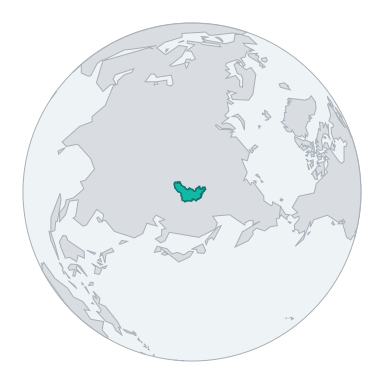 the Earth from above Chita, rotated 62°
{"feature_id": "RUS-2610", "entity_name": "Chita", "entity_type": "Region", "adm_level": 1, "iso_a3": "RUS", "parent_name": "Russia", "parent_adm1": "", "projection": "orthographic", "projection_center": [116.487, 53.771], "detail": "fine", "context": "on_globe", "style": "filled", "palette": "teal", "viewbox_px": 384, "rotation_deg": 62, "n_neighbors": 0, "source": "natural_earth", "source_scale": "10m", "svg_char_len": 16148}
<svg xmlns="http://www.w3.org/2000/svg" viewBox="0 0 384 384"><g transform="rotate(62 192 192)"><circle cx="192" cy="192" r="169" fill="#eef3f6" stroke="#a8b0b8"/><path d="M337.3,278.0L337.1,278.5L337.3,278.0ZM300.9,62.8L304.0,66.9L304.1,65.6L307.8,68.9L309.1,70.5L306.7,68.4L306.3,70.0L308.8,74.4L304.6,76.8L290.7,73.8L290.7,71.2L287.3,71.0L287.2,74.4L287.9,76.7L276.1,83.3L273.7,97.4L278.6,104.1L273.1,101.1L286.1,115.8L288.4,126.3L282.4,113.1L279.1,110.8L278.9,117.1L275.5,116.2L273.4,118.8L269.3,117.3L266.1,110.0L263.4,109.0L263.4,113.6L259.4,115.2L259.7,108.5L252.7,110.7L245.9,99.7L250.2,84.5L243.0,78.4L238.2,63.0L235.2,63.7L231.5,58.8L226.6,57.8L227.2,55.6L222.8,56.9L223.3,59.2L221.6,60.6L218.7,60.4L218.9,57.3L220.3,56.9L218.9,55.9L220.2,54.6L218.0,55.1L218.5,51.6L213.8,54.8L210.7,51.7L212.2,49.6L217.5,50.2L234.0,47.8L237.1,46.3L236.2,43.3L223.1,36.3L224.2,34.7L221.9,32.3L218.7,32.7L219.5,34.9L213.0,35.5L214.7,38.4L212.3,39.2L211.8,42.3L206.0,41.4L200.7,39.0L200.8,36.5L198.4,35.5L193.6,37.8L189.2,33.4L178.4,31.2L177.9,30.3L185.4,28.2L197.4,28.2L207.3,26.7L195.0,27.4L194.0,25.6L191.3,25.4L187.9,25.5L186.0,26.1L184.4,25.7L196.0,24.5L197.6,24.9L193.9,25.2L199.5,25.3L207.3,25.0L206.2,24.4L219.1,25.6L218.5,25.3L221.0,25.6L221.1,25.9L221.1,25.6L233.5,28.2L245.7,31.8L257.6,36.3L269.2,41.7L280.2,47.9L290.8,55.0L300.9,62.8ZM351.7,164.5L350.4,162.6L351.2,161.6L351.7,164.5ZM349.5,163.1L350.0,163.4L349.6,163.4L349.5,163.1ZM349.2,164.1L349.4,163.4L349.3,164.5L349.2,164.1ZM348.9,165.9L349.0,164.9L349.0,165.1L348.9,165.9ZM347.9,167.9L347.6,168.3L347.6,167.1L347.9,167.9ZM288.7,78.0L287.5,74.6L288.9,72.0L290.3,74.9L288.7,78.0ZM285.5,83.5L284.0,81.5L287.8,81.4L287.5,82.5L285.5,83.5ZM282.9,109.3L282.5,105.9L284.0,109.6L282.9,109.3ZM273.9,119.5L275.0,120.8L273.5,121.6L273.9,119.5ZM215.0,42.6L213.4,42.4L214.3,41.9L215.0,42.6ZM216.2,44.2L218.4,43.7L219.3,44.4L218.0,44.7L216.2,44.2ZM265.8,120.1L262.9,121.2L265.3,118.8L265.8,120.1ZM213.4,44.6L220.7,45.7L222.3,47.0L218.4,49.2L213.4,44.6ZM260.9,121.1L253.9,124.2L256.0,127.2L246.3,120.6L255.4,120.0L258.0,116.4L258.4,119.6L260.9,121.1ZM224.7,60.0L224.0,57.5L227.2,59.9L224.7,60.0ZM227.1,61.2L239.2,66.9L238.7,70.6L234.8,67.8L236.3,73.1L230.1,72.1L227.9,69.0L229.4,66.7L225.9,68.1L227.1,61.2ZM242.1,116.6L239.9,116.4L241.5,115.3L242.1,116.6ZM221.1,61.3L223.6,62.0L223.4,65.3L218.3,64.5L220.0,63.7L221.1,61.3ZM239.7,75.1L238.6,77.5L233.3,77.3L232.2,78.2L229.9,72.4L239.7,75.1ZM218.6,62.8L215.8,64.0L213.3,62.3L218.7,60.9L218.6,62.8ZM225.4,66.5L225.1,68.1L223.6,66.9L225.4,66.5ZM203.0,57.3L206.0,57.9L206.1,59.6L203.0,57.3ZM214.9,64.6L215.7,65.2L216.1,66.0L213.8,66.4L214.9,64.6ZM226.3,72.8L224.3,72.2L227.0,75.1L223.1,75.2L222.3,71.4L221.0,73.1L219.8,73.2L220.5,70.0L226.3,72.8ZM212.6,69.3L210.2,64.7L204.6,63.2L204.4,61.6L213.4,64.4L212.6,69.3ZM217.1,70.0L214.3,69.2L215.4,67.5L218.1,67.0L217.1,70.0ZM220.8,76.8L226.9,77.5L226.9,78.4L220.8,76.8ZM210.7,69.2L211.4,70.3L210.2,69.2L210.7,69.2ZM217.4,74.8L219.6,74.9L219.5,75.8L217.4,74.8ZM210.8,72.5L210.0,71.0L211.8,70.5L210.8,72.5ZM213.6,73.8L213.0,75.1L212.9,71.3L214.6,73.7L213.6,73.8ZM217.0,75.6L217.6,76.2L216.1,75.5L217.0,75.6ZM204.4,75.2L203.9,70.5L207.8,69.5L207.8,74.1L204.4,75.2ZM76.7,68.5L76.3,74.4L70.8,81.1L63.5,99.8L61.7,103.1L57.1,105.0L47.3,126.5L50.6,128.0L47.1,145.7L48.3,155.4L58.4,150.8L56.5,134.6L61.6,128.0L67.4,137.5L69.9,152.3L71.9,150.2L74.9,138.1L80.1,138.9L76.5,133.7L74.5,137.7L72.2,134.7L73.9,130.9L75.6,131.3L76.2,126.4L67.6,126.5L64.7,130.6L63.3,120.5L58.4,126.4L56.4,125.1L64.0,114.7L66.8,113.2L77.3,98.5L74.2,99.0L64.1,113.1L65.2,109.9L61.0,111.2L65.1,107.7L76.9,92.7L78.7,84.3L73.1,80.0L75.8,75.1L81.8,68.9L91.9,65.5L84.6,76.8L88.1,76.2L96.5,70.5L93.5,74.6L96.0,73.9L93.9,78.2L97.8,81.8L96.7,86.2L104.7,85.3L105.2,87.6L100.3,87.4L96.3,89.7L94.4,101.4L95.9,102.9L101.3,101.6L100.1,105.2L105.6,102.4L107.7,108.6L109.7,98.9L116.1,97.6L120.9,100.3L123.4,98.3L115.5,93.9L112.0,93.7L108.5,96.3L99.4,95.1L98.6,91.7L109.5,86.8L109.7,81.5L118.1,80.4L134.2,92.3L137.5,98.8L129.3,112.9L124.8,112.2L125.4,106.6L118.8,113.3L122.2,112.0L121.2,115.2L127.0,115.1L126.6,117.3L133.0,113.6L133.1,116.3L129.1,118.6L137.8,121.4L139.8,127.0L142.0,126.6L143.8,124.6L145.2,133.4L146.7,132.7L146.9,129.5L150.1,126.2L156.2,123.8L156.4,127.0L154.2,128.3L149.7,135.9L143.8,139.1L144.5,140.2L149.7,138.2L155.1,128.8L158.7,126.6L156.8,131.2L157.8,129.3L159.7,129.2L161.7,132.1L164.1,127.2L184.4,122.8L190.3,128.5L186.3,132.8L200.7,134.1L206.2,141.1L206.3,138.0L213.3,137.0L211.7,134.8L212.3,133.3L229.4,130.6L233.6,132.7L241.1,128.7L241.2,127.2L238.5,125.4L246.3,120.6L256.0,127.2L255.3,130.2L261.8,132.6L259.4,139.2L260.5,146.0L254.1,152.3L255.5,157.3L257.9,157.7L261.5,165.2L260.8,179.8L250.8,166.2L249.9,145.4L249.3,153.6L246.3,151.3L244.2,154.1L244.1,160.0L246.0,160.9L229.7,169.5L223.2,185.0L231.3,184.2L235.6,188.8L235.2,207.3L216.9,231.0L222.4,238.6L222.2,243.5L216.2,246.4L216.3,239.3L211.0,236.5L212.0,232.3L202.5,235.0L203.5,229.1L195.6,234.5L197.7,239.4L205.7,238.9L198.4,246.5L205.6,255.0L205.5,264.4L190.4,279.0L176.4,281.8L175.3,284.4L170.3,280.5L162.7,284.3L171.5,300.4L171.0,304.2L159.2,309.2L159.1,306.4L145.6,296.0L142.5,304.4L152.7,314.3L156.1,322.9L148.0,318.6L144.6,310.7L139.9,306.8L141.6,299.4L138.5,286.0L130.4,285.6L131.5,280.7L126.0,267.2L114.6,265.8L96.1,270.5L92.8,281.6L86.8,283.1L81.3,260.4L83.0,247.2L78.4,244.8L74.9,228.1L61.4,211.7L61.8,207.1L58.8,205.2L56.7,196.3L58.1,189.1L55.8,185.4L52.5,204.6L55.2,208.7L60.8,208.4L59.1,213.8L61.4,223.4L50.6,225.1L34.3,209.0L36.6,199.5L44.4,162.1L46.3,160.5L46.5,160.2L46.9,159.6L43.6,161.3L46.2,154.5L37.9,177.4L34.8,184.8L34.0,209.1L33.2,209.0L34.1,215.6L41.8,226.7L41.0,229.2L35.0,233.9L27.7,230.0L30.4,241.3L27.2,229.1L24.9,216.8L23.5,204.3L23.0,191.7L23.5,179.2L24.9,166.7L27.3,154.3L30.5,142.2L34.7,130.3L39.7,118.8L45.6,107.7L52.2,97.1L59.7,86.9L67.9,77.4L76.7,68.5ZM71.0,75.1L69.6,76.1L71.0,75.1ZM68.5,172.8L72.6,181.6L77.6,172.5L79.6,175.3L80.6,171.3L77.9,171.8L81.4,161.7L85.6,164.0L88.6,160.8L87.4,157.7L79.1,155.4L74.1,169.6L70.3,169.8L68.5,172.8ZM193.3,25.7L192.3,25.8L188.9,25.8L190.7,25.5L193.3,25.7ZM173.1,28.2L171.0,27.4L173.7,27.6L175.7,26.9L183.9,26.8L178.1,29.9L179.2,28.4L173.1,28.2ZM193.3,27.9L188.7,27.3L193.9,27.8L193.3,27.9ZM112.0,66.4L109.0,68.6L106.6,68.2L108.0,63.4L111.6,63.9L112.0,66.4ZM105.5,71.8L115.9,68.7L115.5,71.8L113.9,70.6L112.6,72.9L109.8,71.6L99.1,77.9L96.3,78.0L100.5,68.7L100.7,71.6L103.5,69.2L105.5,71.8ZM143.4,58.0L147.9,57.4L141.1,64.7L137.6,64.5L138.8,59.5L143.6,57.0L143.4,58.0ZM205.1,48.6L207.3,48.4L207.3,49.2L205.4,50.0L205.1,48.6ZM204.4,57.5L195.6,50.3L197.7,49.7L190.1,46.6L192.5,43.9L197.3,45.9L193.5,41.7L198.9,42.4L195.7,39.8L206.2,44.6L210.8,45.3L204.7,45.5L202.4,47.9L202.7,49.2L207.3,53.5L216.1,56.6L215.2,59.8L212.2,61.2L209.9,60.9L211.2,58.9L207.2,60.0L207.4,56.9L204.4,57.5ZM177.5,80.3L180.0,77.3L172.0,80.4L172.2,76.7L171.2,77.3L169.2,74.9L165.1,73.0L165.9,71.4L164.0,71.4L162.6,69.9L160.2,69.4L160.8,66.3L157.9,65.6L159.9,64.6L154.7,64.1L158.9,63.1L157.5,61.3L154.2,63.2L163.8,49.3L164.6,44.8L163.0,41.6L170.4,40.7L176.5,43.3L181.1,47.8L179.3,52.6L183.0,51.5L183.2,53.5L180.2,53.5L184.9,54.7L184.3,56.4L188.4,61.4L195.5,62.4L197.2,64.3L194.1,64.8L197.9,66.5L193.2,68.8L194.3,70.3L190.7,74.2L184.0,74.5L185.8,76.2L183.1,79.5L177.5,80.3ZM203.2,76.2L195.2,77.0L191.4,75.5L199.3,69.3L198.9,67.6L203.8,63.9L209.3,66.3L207.4,67.1L206.8,68.4L205.3,67.1L206.1,69.2L203.5,70.4L203.4,72.4L200.8,72.1L203.2,76.2ZM63.0,104.6L62.2,106.8L61.7,109.8L59.1,110.8L63.0,104.6ZM70.9,94.2L70.6,95.8L66.6,98.4L67.5,96.2L70.9,94.2ZM73.9,94.6L70.9,95.7L73.0,93.8L73.9,94.6ZM100.5,88.8L100.6,90.6L99.3,91.2L97.7,90.9L100.5,88.8ZM154.0,89.7L156.0,88.0L156.9,88.5L162.8,87.0L163.2,89.8L159.8,91.7L154.0,89.7ZM56.1,149.4L53.8,148.0L54.5,145.8L55.1,146.7L56.1,149.4ZM55.0,128.3L53.6,134.1L54.3,128.6L55.0,128.3ZM155.4,92.5L157.8,91.5L156.5,93.5L155.4,92.5ZM163.8,91.7L162.8,94.0L163.9,89.9L163.8,91.7ZM39.4,264.6L39.6,264.9L39.6,264.3L43.1,271.7L43.5,272.5L39.4,264.6ZM199.2,342.9L204.4,343.1L204.3,343.5L199.2,342.9ZM193.7,341.5L199.7,341.7L192.7,342.3L193.7,341.5ZM202.0,341.7L208.1,340.9L210.7,340.2L210.2,341.0L202.0,341.7ZM189.7,341.4L168.1,339.2L159.6,336.7L161.6,335.6L175.2,338.0L189.7,341.4ZM160.9,335.4L148.1,328.3L131.2,309.0L137.2,311.2L155.0,324.8L153.9,326.0L161.6,331.2L160.9,335.4ZM192.2,330.8L191.0,334.9L179.0,333.7L173.6,332.4L169.8,326.4L171.9,323.7L176.3,324.4L193.9,315.2L199.9,318.1L194.4,322.4L199.4,326.6L192.2,330.8ZM93.3,283.1L96.1,291.9L92.9,291.1L93.3,283.1ZM201.3,307.5L194.0,312.3L200.7,305.7L201.3,307.5ZM205.4,300.9L205.7,303.6L203.0,301.0L205.4,300.9ZM174.9,288.4L170.2,288.3L170.2,286.3L176.2,285.1L174.9,288.4ZM205.3,272.1L204.7,278.6L203.6,280.7L201.8,276.8L205.3,272.1ZM162.0,116.6L153.2,115.4L147.2,116.8L144.2,121.0L144.7,114.8L154.0,112.6L162.0,116.6ZM181.6,121.6L184.2,118.3L185.6,120.2L185.2,121.3L181.6,121.6ZM181.4,119.2L179.9,114.2L183.0,112.7L183.6,116.9L181.4,119.2ZM167.3,102.8L164.7,102.2L165.8,100.5L167.3,102.8ZM241.3,353.6L243.6,352.8L239.1,354.3L238.0,354.6L235.5,355.1L228.9,356.5L195.7,360.9L188.4,360.8L190.3,360.5L183.7,358.2L186.0,358.3L184.5,356.0L204.1,353.6L218.2,347.0L229.1,346.0L237.3,339.9L248.6,337.9L245.2,342.3L256.8,341.2L264.9,330.8L271.7,336.2L279.9,334.2L281.9,335.0L277.9,337.5L266.1,343.8L253.9,349.2L241.3,353.6ZM309.1,312.7L310.6,311.5L313.0,309.7L310.5,312.0L309.1,312.7ZM333.3,284.5L333.8,283.8L332.3,286.1L333.3,284.5ZM337.0,278.7L335.1,281.7L337.3,278.0L337.0,278.7ZM317.8,302.3L318.6,301.9L317.9,302.7L317.8,302.3ZM317.2,302.8L318.2,301.3L318.0,302.0L317.2,302.8ZM309.8,305.1L310.8,303.9L311.2,303.9L309.8,305.1ZM212.2,342.9L219.5,339.6L223.5,339.0L212.2,342.9ZM308.4,305.1L305.9,306.7L306.2,306.1L308.4,305.1ZM308.6,303.8L308.3,303.3L309.8,303.9L308.6,303.8ZM303.9,305.4L306.9,304.7L303.5,305.8L303.9,305.4ZM302.1,306.7L299.9,307.4L300.0,307.1L302.1,306.7ZM277.1,320.3L285.4,321.1L278.7,324.1L271.3,324.2L265.5,328.9L252.2,332.4L255.3,329.9L253.5,327.7L239.9,329.5L237.1,328.1L242.0,326.0L233.0,325.8L242.8,323.3L246.8,326.5L252.4,322.2L262.0,320.4L271.4,318.7L278.9,318.6L277.1,320.3ZM242.9,331.8L244.6,331.5L243.1,332.9L242.9,331.8ZM295.7,307.9L298.8,307.8L298.5,308.4L296.9,309.1L295.7,307.9ZM280.7,317.2L288.8,310.5L290.7,309.7L285.3,315.6L280.7,317.2ZM286.8,309.4L290.6,308.1L292.6,308.8L291.8,309.7L286.8,309.4ZM222.8,331.3L222.4,332.4L219.9,331.8L222.8,331.3ZM226.1,330.3L233.8,330.5L225.4,331.3L226.1,330.3ZM202.9,327.6L205.1,330.3L212.2,328.4L206.8,331.0L211.6,335.1L210.0,336.7L205.2,332.3L203.6,337.0L200.5,336.9L198.7,332.9L201.8,327.8L205.0,325.6L217.7,324.2L202.9,327.6ZM226.0,327.1L224.0,324.0L225.5,321.7L227.7,323.2L226.0,327.1ZM218.0,316.3L212.8,312.4L207.9,314.1L217.8,307.8L221.3,312.6L218.0,316.3ZM213.7,307.1L209.1,308.8L213.9,305.1L213.7,307.1ZM208.0,307.3L207.6,304.2L211.1,304.6L208.0,307.3ZM216.1,307.2L217.1,301.8L218.8,304.9L216.1,307.2ZM206.3,297.0L213.8,302.2L203.8,300.1L203.8,289.2L208.1,289.0L206.3,297.0ZM232.4,248.0L231.6,244.4L235.6,243.1L235.0,246.0L232.4,248.0ZM247.7,236.5L236.3,241.6L227.1,245.9L229.8,247.3L227.5,253.7L223.6,248.2L230.2,240.8L237.2,238.7L238.5,233.2L243.7,228.8L243.0,222.1L245.3,218.8L248.2,224.4L247.7,236.5ZM242.3,219.3L242.9,206.9L250.2,207.5L251.8,210.3L248.4,215.7L244.7,215.0L242.3,219.3ZM245.2,204.1L241.6,203.5L235.0,185.6L235.4,182.1L244.4,195.5L241.5,195.7L241.8,200.1L245.2,204.1ZM240.4,118.1L239.9,116.6L241.7,117.6L240.4,118.1ZM211.2,132.1L212.3,130.3L214.2,131.4L211.2,132.1ZM216.4,125.8L213.4,125.8L216.5,124.5L216.4,125.8ZM206.7,126.0L212.2,125.1L207.0,127.9L206.7,126.0Z" fill="#d9dde1" stroke="#a8b0b8" stroke-width="1"/><path d="M188.2,202.4L187.9,202.2L187.3,202.6L187.0,202.8L186.8,202.8L186.5,202.9L185.7,203.5L185.5,203.9L185.5,204.1L185.2,204.2L184.9,204.4L184.3,204.3L183.5,204.6L182.7,204.6L182.4,204.7L182.1,204.6L181.7,204.8L181.1,205.1L180.8,205.2L180.4,205.0L180.2,204.8L180.0,205.0L179.9,205.0L179.2,204.8L179.0,204.7L178.6,204.6L178.2,204.4L177.7,204.3L176.8,204.2L176.4,203.9L176.3,203.6L176.0,203.5L175.9,203.3L175.9,203.2L175.7,203.1L175.8,202.9L175.8,202.6L175.9,202.4L175.5,202.2L175.6,201.8L175.6,201.7L175.8,201.6L176.1,201.2L176.3,201.3L176.5,201.0L176.9,200.9L177.3,201.0L177.4,200.9L177.4,200.7L177.2,200.7L176.9,200.5L176.5,200.3L176.3,200.0L176.7,199.7L176.9,199.2L177.2,199.2L177.4,199.0L177.4,198.9L177.0,198.5L177.3,198.3L177.4,198.2L177.6,197.9L177.8,198.1L178.2,198.1L178.4,198.0L178.7,198.4L178.9,198.4L178.9,198.5L179.1,198.3L179.4,198.2L180.1,197.8L180.8,198.0L181.1,198.3L181.4,198.2L181.6,198.1L181.7,197.8L181.9,197.6L182.0,197.6L183.1,197.1L183.4,196.9L183.5,196.7L183.8,196.4L184.0,196.1L184.3,196.3L184.6,196.4L184.8,196.3L184.8,196.1L185.6,196.1L186.0,195.8L186.2,195.7L186.7,195.7L186.8,195.8L187.1,195.4L187.5,195.3L187.7,195.1L188.0,194.7L188.0,194.3L188.1,194.2L188.0,193.9L187.9,194.0L188.0,193.7L187.8,193.6L187.7,193.5L187.5,193.4L187.6,193.2L187.4,193.1L187.3,192.8L187.4,192.7L187.3,192.3L187.6,192.2L187.8,192.0L187.9,191.9L188.0,191.9L188.3,191.7L188.5,191.7L189.0,191.4L189.4,191.2L189.5,191.1L189.7,190.8L189.7,190.7L190.3,190.3L190.3,190.1L190.5,190.0L191.5,189.7L192.0,189.9L192.1,189.7L192.4,189.7L192.5,189.5L192.5,189.3L192.7,189.1L192.7,188.9L192.7,188.7L192.7,188.4L192.6,188.2L192.4,187.9L192.0,187.6L192.0,187.4L191.8,187.2L191.4,187.3L191.3,187.2L191.1,187.2L191.0,186.8L191.0,186.6L191.0,186.4L190.9,186.3L191.0,186.1L190.9,185.8L191.0,185.7L190.9,185.4L190.8,185.2L190.9,184.9L190.7,184.5L190.7,184.1L190.9,184.1L190.7,183.9L190.7,183.7L190.4,183.6L190.3,183.4L190.5,183.2L190.6,182.8L190.8,182.6L191.0,182.7L191.2,182.9L191.3,182.9L191.4,183.0L191.8,182.9L192.0,183.1L192.4,183.2L192.5,183.3L192.8,183.1L193.0,183.1L193.1,182.8L193.4,182.6L193.4,182.9L193.5,182.9L193.5,183.0L193.6,182.9L193.7,182.7L193.9,182.6L193.9,182.4L193.8,182.2L194.0,181.9L194.1,181.6L193.8,181.5L193.7,181.7L193.6,181.8L193.5,181.7L193.4,181.5L193.4,181.4L193.3,181.1L193.2,181.0L193.3,180.8L193.3,180.7L193.0,180.6L193.1,180.3L192.9,180.1L193.0,180.0L193.3,180.0L193.4,179.8L193.4,179.7L193.4,179.4L193.4,179.2L193.5,179.1L193.5,178.7L193.8,178.4L194.3,178.4L194.5,178.5L194.6,178.4L194.8,178.5L195.0,178.7L195.3,179.0L195.6,178.9L196.1,178.8L196.1,179.0L196.2,179.3L196.1,179.5L196.1,180.1L196.0,180.3L196.2,180.7L196.2,180.8L196.3,180.9L196.4,180.7L196.5,180.6L196.8,180.7L196.7,180.8L196.6,181.1L196.7,181.3L196.9,181.4L197.0,181.7L197.1,181.9L197.0,182.1L197.0,182.3L197.3,182.4L197.4,182.6L197.5,182.7L197.4,182.8L197.2,182.9L197.1,183.1L197.3,183.1L197.4,183.3L197.5,183.3L197.4,183.4L197.4,183.5L197.6,183.7L197.7,183.8L198.2,183.9L198.2,184.0L198.4,184.2L198.4,184.3L198.6,184.4L198.6,184.6L198.1,184.7L198.0,184.8L197.9,184.9L197.9,185.1L198.1,185.3L198.0,185.5L198.3,185.5L198.5,185.6L199.2,185.2L199.4,185.1L199.6,185.2L199.8,185.1L199.9,185.3L199.9,185.6L200.1,185.7L200.0,185.9L200.1,186.3L200.1,186.5L200.3,186.7L200.6,186.5L200.7,186.3L200.8,186.2L201.0,186.3L201.1,186.5L201.2,187.4L201.3,187.5L201.2,187.7L201.2,188.0L201.0,188.4L200.8,188.6L200.8,188.8L201.2,188.6L201.3,188.9L201.2,189.0L201.3,189.1L201.3,189.3L201.5,189.5L201.3,189.9L201.2,189.7L201.0,189.8L200.9,190.0L201.0,190.0L201.0,190.3L201.1,190.6L200.9,190.6L200.9,190.8L200.9,191.0L201.1,191.1L201.5,191.5L201.5,191.8L201.5,192.1L201.6,192.3L201.7,192.6L201.1,192.8L200.8,193.0L200.5,193.0L200.3,193.2L200.0,193.2L199.7,193.2L199.6,193.3L199.5,193.5L199.3,193.8L199.0,194.1L198.7,194.5L198.3,194.8L198.4,195.0L198.4,195.3L198.6,195.3L199.1,195.1L199.6,195.4L199.6,195.7L199.5,196.0L199.7,196.3L199.8,196.6L199.6,196.9L199.7,197.0L199.6,197.3L199.3,197.4L199.2,197.5L198.7,198.0L198.5,198.4L198.4,198.6L198.4,198.8L198.3,199.0L198.1,199.2L198.1,199.4L198.1,199.5L198.0,199.8L197.6,200.3L197.6,200.5L197.6,200.8L197.3,201.2L197.2,201.7L197.1,201.8L197.2,202.0L197.4,202.0L197.4,202.6L197.2,203.0L196.9,203.1L196.6,203.1L196.3,203.2L196.1,203.2L195.9,203.4L195.8,203.5L195.6,203.6L195.3,203.9L195.2,204.0L194.7,204.4L194.7,204.5L193.9,204.2L193.5,204.2L193.1,204.1L192.4,203.7L192.2,203.3L191.5,203.1L191.2,203.1L190.5,203.5L189.9,203.4L189.6,203.2L189.2,202.7L188.7,202.4L188.2,202.4Z" fill="#14b8a6" stroke="#0f766e" stroke-width="1.5"/></g></svg>